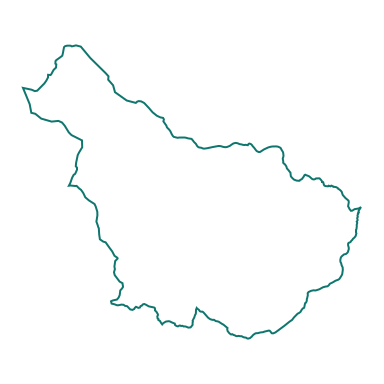 Luncoiu De Jos, Hunedoara, Romania (Albers equal-area conic projection)
{"feature_id": "2599482B97743802111601", "entity_name": "Luncoiu De Jos", "entity_type": "district", "adm_level": 2, "iso_a3": "ROU", "parent_name": "Romania", "parent_adm1": "Hunedoara", "projection": "albers", "projection_center": [22.778, 46.083], "detail": "fine", "context": "isolated", "style": "outline", "palette": "teal", "viewbox_px": 384, "rotation_deg": 0, "n_neighbors": 0, "source": "geoboundaries", "source_scale": "gbopen_adm2", "svg_char_len": 5980}
<svg xmlns="http://www.w3.org/2000/svg" viewBox="0 0 384 384"><path d="M190.6,327.4L192.6,324.9L192.6,322.6L192.9,321.7L192.6,320.8L193.5,318.9L194.4,317.2L194.6,316.3L195.3,314.5L195.8,313.8L195.9,312.8L196.0,309.9L196.7,308.0L197.3,308.7L198.8,309.7L199.8,311.2L201.1,311.7L202.1,311.6L203.3,312.2L208.1,317.7L210.2,319.2L212.6,319.9L214.0,319.8L215.8,321.1L217.2,321.3L218.7,321.7L221.4,323.5L223.5,324.7L227.5,328.0L227.2,329.0L227.6,331.0L229.4,333.3L231.1,334.5L232.3,334.2L232.5,334.3L233.6,335.0L234.5,335.2L236.0,336.0L236.9,336.2L238.8,335.9L239.9,336.2L241.5,336.2L241.9,336.3L242.4,336.7L243.8,337.3L244.9,337.5L245.9,337.6L247.1,338.4L248.0,338.6L249.0,338.4L250.3,337.9L250.8,337.4L251.9,336.5L252.7,335.4L253.9,334.4L255.4,333.4L256.3,333.2L257.1,333.2L258.1,333.1L260.1,332.5L263.5,332.1L264.1,331.7L268.7,330.6L269.6,330.7L270.1,331.1L271.7,333.2L273.0,333.4L275.3,332.5L284.5,325.7L289.6,321.6L292.1,319.9L293.9,317.5L297.6,313.7L299.0,313.0L300.4,312.0L301.8,309.6L303.0,308.3L304.2,307.7L304.9,304.1L305.2,303.1L306.0,302.6L306.4,301.8L306.8,300.7L306.8,299.1L307.2,298.2L307.3,297.4L307.8,295.4L307.7,293.4L307.8,292.9L308.7,291.9L309.7,291.5L310.9,290.9L313.4,290.3L315.5,290.5L319.3,289.3L322.9,287.3L325.4,286.6L327.5,286.3L328.7,285.4L329.5,284.2L330.0,283.7L333.1,282.2L335.3,280.8L338.5,279.6L339.5,278.8L341.4,275.8L342.2,274.3L342.8,269.9L342.7,267.8L342.6,267.3L341.7,265.5L341.1,263.1L340.6,262.3L340.4,261.5L340.3,260.0L340.8,257.7L341.4,256.7L342.1,256.0L343.1,255.2L343.7,254.6L344.3,254.3L345.3,254.2L346.4,253.7L347.5,252.6L348.0,251.8L348.3,250.5L348.6,249.9L348.8,248.6L348.7,247.4L348.1,245.3L348.1,244.2L348.2,243.4L348.7,242.8L349.4,242.6L350.4,242.1L350.9,241.5L351.2,240.9L352.2,240.0L353.0,238.8L354.4,237.6L355.6,236.1L356.4,233.3L356.0,232.4L356.0,229.9L356.5,228.9L356.8,226.2L356.7,225.0L356.8,224.4L357.2,223.2L357.2,222.7L356.7,221.6L357.5,220.5L357.6,220.0L357.5,219.3L357.2,218.6L357.2,218.0L357.7,217.2L357.8,216.6L357.5,216.0L357.5,215.4L357.7,214.8L358.2,214.0L358.3,213.7L357.9,213.3L358.0,213.0L358.7,212.5L358.9,212.2L358.5,211.5L358.5,211.1L361.0,207.1L358.6,208.5L354.5,209.2L352.4,210.6L350.9,210.8L349.6,209.1L348.1,206.2L348.8,202.1L348.5,200.6L345.5,198.1L342.7,194.9L341.7,191.8L340.7,190.6L339.4,189.5L338.2,188.8L337.7,188.0L336.0,187.1L334.3,186.9L333.4,186.5L333.2,186.7L332.2,186.0L331.6,185.7L331.2,185.7L330.4,186.3L328.6,185.7L328.5,185.8L328.5,186.2L327.9,186.3L325.5,186.1L325.3,186.0L324.4,185.6L324.0,185.0L323.7,184.1L323.2,182.2L322.0,182.0L322.0,181.5L321.8,181.0L321.5,180.5L319.7,178.5L319.2,178.3L317.8,178.4L316.1,178.4L315.1,179.1L314.2,179.4L313.4,179.4L312.4,179.1L311.8,178.7L309.6,176.7L308.5,176.0L305.9,175.1L305.6,174.8L305.2,174.7L304.7,175.0L304.3,175.4L303.8,176.5L302.1,178.8L301.5,179.3L300.1,180.0L299.6,180.7L299.1,180.8L296.6,180.6L294.2,179.7L293.1,178.8L291.9,177.6L291.0,176.5L290.8,176.0L290.5,173.3L290.4,172.5L289.6,171.7L288.5,170.2L286.9,168.4L286.5,166.9L286.2,166.2L285.2,164.7L284.9,164.3L284.3,163.9L283.5,163.2L283.2,162.7L283.3,162.4L283.2,161.2L282.8,159.0L282.8,158.2L283.2,157.3L283.5,155.9L283.3,153.8L283.2,152.9L282.8,151.8L282.2,150.8L281.6,149.9L280.7,148.1L279.9,147.5L277.8,146.6L276.0,146.4L272.3,146.5L271.0,146.7L268.3,147.4L264.0,149.4L260.5,151.7L259.9,152.0L259.3,152.0L258.7,152.0L256.9,151.2L256.1,150.4L254.1,147.7L252.8,146.3L251.8,144.9L251.2,144.3L250.4,143.9L249.6,143.6L249.2,143.6L248.7,143.9L248.3,144.3L247.8,145.2L245.5,144.8L244.5,145.0L243.2,144.9L241.4,144.4L239.5,144.1L237.8,143.3L235.8,142.9L234.6,143.1L233.3,143.5L231.6,144.6L229.8,145.9L227.0,147.0L225.7,147.2L224.6,147.1L223.2,146.9L220.9,146.2L219.7,146.0L218.4,146.0L212.9,147.0L207.3,148.2L204.6,148.6L203.6,148.6L202.4,148.3L201.4,147.8L199.0,147.4L198.3,147.1L197.1,145.9L195.8,143.7L194.2,142.2L191.8,139.1L191.2,138.8L188.2,138.4L186.3,137.8L184.4,137.5L179.5,137.5L177.6,137.8L174.2,137.0L173.7,136.8L172.8,135.9L171.7,134.1L170.3,131.1L168.9,129.3L167.7,128.2L166.9,127.2L166.3,125.5L163.4,121.4L163.9,119.4L163.1,117.9L160.4,117.4L156.8,115.7L152.6,112.3L148.9,108.0L144.2,103.0L141.2,101.4L138.7,101.1L137.2,101.6L135.8,102.9L126.7,100.5L115.0,92.2L113.1,85.3L108.2,79.7L108.5,76.3L105.7,73.2L90.2,57.9L80.8,46.6L76.0,45.4L72.2,46.3L71.6,46.3L70.9,45.8L70.2,45.7L67.0,45.7L65.4,46.1L65.1,46.2L64.4,46.8L64.1,47.1L63.9,47.8L63.0,52.7L62.3,55.7L59.7,57.7L56.3,60.1L55.5,61.1L55.4,63.7L56.3,64.3L56.0,67.6L53.6,69.9L51.1,74.5L50.5,75.0L48.1,74.8L48.0,77.5L46.3,80.7L44.3,83.5L37.2,90.7L34.8,91.1L31.6,89.7L23.0,87.9L29.7,104.2L31.3,112.8L35.3,113.8L41.2,118.6L51.6,121.6L58.4,120.9L62.0,122.5L64.7,125.7L68.8,132.4L71.5,135.1L82.0,140.4L82.2,147.3L79.0,152.6L77.7,155.2L76.1,162.9L75.8,166.2L77.0,167.7L77.0,169.7L75.2,173.8L73.7,174.8L72.1,177.8L70.3,183.0L68.9,185.7L70.5,185.5L75.1,186.0L76.6,185.9L79.2,188.5L81.0,189.8L83.2,192.9L84.6,195.8L85.3,197.3L88.9,200.4L94.5,204.0L95.7,206.5L97.3,211.7L97.4,215.4L96.4,221.6L97.7,225.2L98.2,227.0L98.8,228.2L99.2,234.5L99.9,239.3L103.2,241.6L105.6,242.3L109.0,247.1L112.2,251.4L114.5,255.8L117.4,257.8L117.6,258.6L115.2,261.0L114.4,266.6L114.9,269.2L114.0,272.2L114.7,275.1L119.6,281.6L122.5,283.2L123.0,286.8L122.8,287.4L121.5,289.1L120.3,290.4L119.7,295.1L118.6,297.6L116.9,299.6L114.3,300.1L112.4,300.6L111.0,301.3L111.6,303.6L114.5,304.3L117.2,305.3L118.7,305.2L121.5,304.6L123.6,304.8L124.9,305.8L127.1,306.2L130.2,309.4L132.4,309.9L134.2,309.0L134.8,307.9L136.0,306.8L138.4,307.9L139.9,307.5L140.6,306.1L141.9,305.6L142.7,304.5L144.2,304.0L145.7,304.6L148.9,306.4L154.1,307.5L154.7,307.9L155.1,309.1L155.0,310.4L156.5,311.9L157.9,314.3L157.9,315.2L157.3,316.3L157.6,318.5L158.4,319.0L158.4,320.0L160.0,321.0L161.0,322.8L162.2,324.4L163.2,323.2L165.8,321.6L168.5,321.2L169.8,321.4L171.8,322.4L174.8,323.6L175.0,324.9L176.3,325.9L177.4,326.3L178.1,326.3L179.3,325.6L180.0,325.5L181.1,326.0L182.4,325.8L183.8,326.5L184.6,326.4L185.7,326.5L188.3,327.6L190.6,327.4Z" fill="none" stroke="#0f766e" stroke-width="2"/></svg>